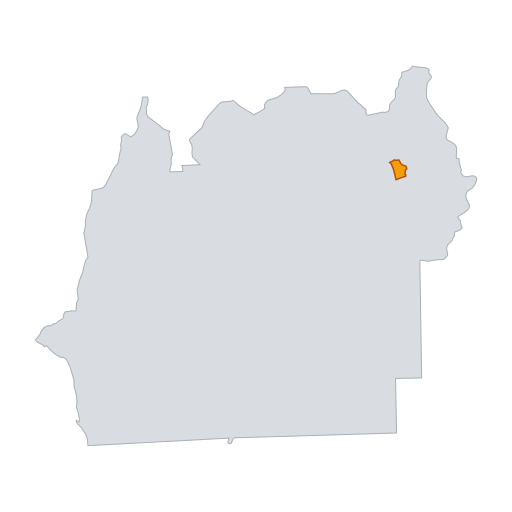 Nyala Shimal, Southern Darfur, Sudan (highlighted), rotated 179°
{"feature_id": "16777658B77538778882228", "entity_name": "Nyala Shimal", "entity_type": "district", "adm_level": 2, "iso_a3": "SDN", "parent_name": "Sudan", "parent_adm1": "Southern Darfur", "projection": "albers", "projection_center": [24.663, 12.429], "detail": "fine", "context": "in_parent", "style": "filled", "palette": "amber", "viewbox_px": 512, "rotation_deg": 179, "n_neighbors": 0, "source": "geoboundaries", "source_scale": "gbopen_adm2", "svg_char_len": 4443}
<svg xmlns="http://www.w3.org/2000/svg" viewBox="0 0 512 512"><g transform="rotate(179 256 256)"><path d="M367.0,416.8L361.9,416.9L361.3,415.7L361.2,412.4L361.7,409.9L363.4,405.8L362.9,403.7L363.1,400.5L361.6,397.1L349.1,387.3L346.6,384.6L340.0,382.2L341.1,379.3L337.7,358.5L339.0,356.1L339.2,352.4L339.1,349.2L340.5,343.9L340.6,341.6L327.7,341.8L327.6,344.1L328.3,346.7L328.3,347.7L310.4,348.3L317.8,356.3L318.2,359.8L317.9,364.3L318.1,367.2L318.6,369.0L320.6,372.7L320.5,373.3L320.1,374.2L307.6,385.5L305.6,390.6L304.0,393.3L300.4,397.9L289.0,409.8L287.1,410.6L278.2,411.2L277.3,411.5L276.6,412.1L276.2,412.0L268.5,405.3L255.5,397.3L247.1,401.8L244.8,403.4L244.8,407.4L243.6,409.4L241.3,411.6L235.1,413.2L231.8,414.4L228.0,416.7L224.2,420.5L223.9,422.4L224.4,424.1L202.7,424.4L201.2,423.0L198.0,416.9L195.8,417.3L176.0,416.8L173.2,417.5L167.6,420.0L164.7,420.5L161.8,419.3L151.3,407.3L149.1,405.8L146.7,403.0L144.5,401.7L143.7,400.8L143.5,399.5L143.5,396.8L142.8,395.2L141.2,394.8L127.2,397.6L125.2,397.3L122.3,397.8L121.3,398.3L120.1,399.9L119.9,403.3L119.6,404.9L118.5,406.8L114.5,410.9L113.7,412.7L113.9,417.2L113.6,419.5L113.0,420.5L111.3,422.3L110.6,423.3L109.9,429.1L107.7,432.6L107.2,433.8L107.1,436.4L106.8,437.1L100.4,439.1L98.1,440.4L96.6,442.4L96.2,443.2L93.5,442.5L90.1,442.0L83.4,441.3L80.8,440.4L79.6,439.0L80.0,435.5L79.3,434.8L78.3,434.1L77.6,432.6L77.7,430.8L81.2,426.7L82.0,424.6L82.9,414.4L82.7,411.3L79.9,405.6L73.6,395.7L72.1,393.7L64.3,385.6L63.4,384.4L61.5,380.9L63.6,373.4L63.8,371.3L63.2,369.2L61.2,367.6L59.5,367.4L57.2,365.3L55.6,364.4L54.3,362.6L53.4,360.2L54.1,351.3L53.7,350.1L51.7,349.8L51.2,349.2L51.3,347.5L50.3,342.4L49.1,338.2L49.8,335.9L48.1,332.8L44.9,331.4L38.6,332.4L36.7,332.2L35.3,331.6L34.4,330.4L34.0,329.0L34.4,327.0L36.2,323.3L38.5,320.2L43.0,317.4L44.2,315.9L44.9,314.3L45.1,312.4L44.8,310.3L44.3,308.5L43.0,306.1L41.8,303.2L41.8,301.3L42.4,299.9L43.6,298.2L48.1,295.0L52.7,292.3L53.5,291.4L53.2,290.2L51.1,288.0L50.5,283.6L49.3,280.6L51.7,278.4L53.4,277.6L56.1,276.9L57.1,275.9L57.4,274.1L57.4,272.4L58.3,271.1L59.6,268.3L60.7,267.1L64.2,263.9L65.0,261.8L65.2,259.8L64.3,253.6L66.3,251.1L68.9,249.0L72.6,249.2L78.3,248.7L82.2,247.9L84.9,247.9L91.3,249.1L91.9,248.6L92.3,247.0L92.5,131.2L118.3,131.2L118.6,131.0L118.6,76.6L280.3,74.6L281.6,74.3L284.1,69.2L285.1,68.8L286.8,69.0L287.4,70.2L286.2,74.4L427.3,69.3L427.8,75.5L429.2,80.4L433.5,87.3L437.1,91.0L438.4,93.0L438.6,94.0L438.5,94.9L437.4,93.9L435.6,93.3L435.5,96.6L436.7,103.4L438.3,108.1L437.5,112.6L438.0,120.1L440.2,129.0L440.1,134.7L443.7,148.0L447.0,155.3L448.7,157.0L450.5,157.9L453.9,158.4L459.2,161.9L463.4,165.8L464.9,167.8L467.0,170.0L468.3,169.5L469.1,168.8L470.5,170.6L477.0,174.3L478.0,176.1L475.9,178.1L473.4,181.4L472.2,184.3L471.6,185.3L469.6,187.2L469.3,188.1L468.4,188.8L467.4,188.8L465.3,190.0L463.3,189.7L461.3,190.4L460.7,191.1L459.1,191.8L457.0,192.2L453.8,194.9L451.0,196.2L450.0,197.3L448.8,202.3L447.7,203.6L443.4,203.9L441.4,204.5L438.5,204.1L437.1,204.2L436.8,205.3L436.5,209.5L436.6,211.3L434.4,216.3L435.5,225.3L433.5,232.2L433.3,233.7L431.1,239.2L430.0,241.2L427.5,251.4L426.4,254.5L424.0,257.9L427.7,281.9L425.9,289.4L426.1,293.4L424.9,299.5L423.8,302.3L422.0,305.7L420.5,309.5L419.4,314.4L418.8,323.7L418.4,324.6L410.7,326.1L408.3,326.8L406.7,327.9L404.8,330.4L401.2,337.1L399.2,341.2L396.2,346.8L392.6,350.8L391.9,352.7L391.4,356.2L390.2,361.8L389.1,365.8L389.4,369.0L388.4,374.5L388.7,377.2L387.4,378.8L385.7,380.3L384.5,380.7L379.0,377.2L375.2,379.9L373.0,383.5L371.3,387.2L372.6,394.8L372.6,396.4L372.1,398.3L368.8,405.9L367.9,409.3L366.9,415.3L367.0,416.8Z" fill="#d9dde1" stroke="#a8b0b8" stroke-width="1"/><path d="M111.4,349.5L111.7,349.5L112.9,349.3L113.9,349.3L114.9,349.4L115.7,349.6L116.6,349.5L116.8,349.0L117.2,348.8L118.1,348.4L118.5,348.2L119.7,347.7L120.1,347.6L120.7,347.2L119.6,346.2L119.2,345.9L118.9,345.7L119.0,345.3L117.0,340.2L116.7,339.0L116.5,338.1L115.4,333.4L114.6,329.3L114.7,329.7L112.7,330.5L110.6,331.4L108.7,332.0L107.6,332.4L106.2,332.7L105.1,332.9L105.1,333.2L105.1,333.7L105.0,333.8L104.9,333.9L104.8,334.0L104.8,334.4L104.8,334.7L105.0,334.9L105.4,334.9L105.5,335.0L105.7,335.7L105.7,336.0L105.6,336.3L105.5,336.6L105.4,336.7L105.3,337.1L105.2,338.0L105.1,338.7L105.0,339.6L104.9,339.6L104.7,339.7L103.8,340.3L103.8,341.0L104.0,341.9L104.5,343.2L108.1,344.5L109.4,345.7L109.7,346.2L111.1,348.9L111.4,349.5Z" fill="#f59e0b" stroke="#b45309" stroke-width="1.5"/></g></svg>